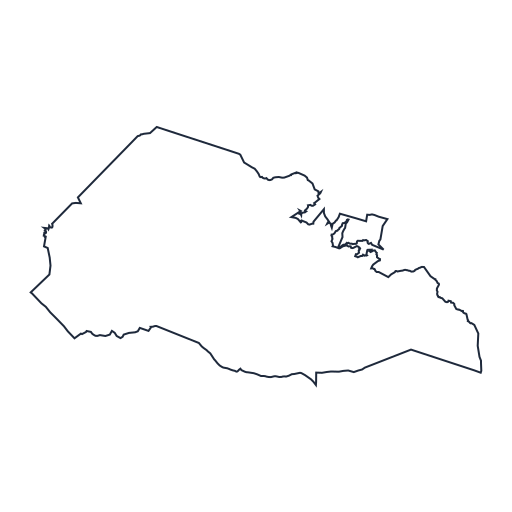 outline of Santo Tomás, México, Mexico
{"feature_id": "50627088B97349809534472", "entity_name": "Santo Tomás", "entity_type": "district", "adm_level": 2, "iso_a3": "MEX", "parent_name": "Mexico", "parent_adm1": "México", "projection": "orthographic", "projection_center": [-100.273, 19.184], "detail": "fine", "context": "isolated", "style": "outline", "palette": "slate", "viewbox_px": 512, "rotation_deg": 0, "n_neighbors": 0, "source": "geoboundaries", "source_scale": "gbopen_adm2", "svg_char_len": 6052}
<svg xmlns="http://www.w3.org/2000/svg" viewBox="0 0 512 512"><path d="M137.7,136.1L77.9,197.4L80.8,203.3L75.8,202.9L72.1,203.4L52.1,223.8L52.4,224.5L52.5,225.0L52.5,226.4L52.2,227.4L51.9,227.5L51.4,227.6L50.8,227.5L50.2,227.2L49.5,226.6L49.3,225.7L49.2,225.6L48.9,228.0L48.4,229.3L47.8,228.3L44.2,227.9L44.6,228.2L45.3,229.0L45.7,229.2L45.7,229.9L45.5,230.3L44.7,230.6L44.7,230.8L45.6,231.2L46.1,231.9L46.0,232.8L45.5,233.0L44.4,233.0L44.2,233.1L44.5,233.8L43.9,234.7L43.8,235.6L44.6,235.6L44.8,236.8L45.7,236.8L44.0,246.4L47.7,248.0L49.7,257.6L50.5,265.6L49.4,274.5L30.7,292.4L32.2,293.6L41.4,303.3L45.8,306.8L50.2,312.3L56.7,318.8L63.9,326.2L67.8,331.3L74.5,338.3L80.9,333.6L82.0,334.1L86.0,332.0L86.6,331.0L90.9,331.9L92.2,333.7L93.5,334.7L95.4,335.8L97.4,335.9L99.9,335.1L105.4,336.0L109.8,334.6L111.9,330.9L114.7,332.8L116.7,336.0L120.5,338.1L122.6,336.8L123.7,334.6L129.0,332.9L135.1,332.3L137.8,331.3L139.8,327.9L148.5,330.9L151.3,326.9L151.2,326.8L152.9,326.7L154.3,326.2L155.3,326.0L156.4,326.0L198.9,343.0L201.7,346.4L203.6,348.0L206.7,350.2L207.6,351.2L210.3,353.4L214.2,359.4L215.1,360.3L217.5,363.3L219.7,365.5L221.9,366.9L223.1,367.5L224.0,367.7L227.4,368.3L228.6,368.8L229.5,369.1L230.2,369.5L232.9,370.4L234.8,370.8L236.3,371.6L236.9,371.6L237.4,371.4L238.0,370.9L239.1,369.7L240.4,368.7L241.0,369.6L241.6,370.2L244.8,371.7L246.4,372.2L247.9,372.3L253.8,373.2L257.1,374.3L261.0,376.0L263.8,376.0L265.3,376.2L266.5,376.6L268.6,377.0L270.9,377.1L274.1,376.3L275.2,376.2L276.6,376.4L279.2,377.0L279.8,377.0L281.6,376.9L282.9,376.5L285.0,376.4L286.0,376.6L288.9,375.7L291.8,374.2L294.3,374.0L300.0,372.8L301.4,373.1L305.0,375.1L311.0,379.3L313.3,381.6L315.9,385.0L316.1,382.0L316.2,372.6L322.0,372.8L326.7,372.0L331.1,371.5L338.9,371.7L343.2,370.9L348.2,370.5L353.8,372.1L358.3,370.5L362.1,369.5L364.9,367.6L411.0,349.6L474.1,370.3L480.7,372.7L481.3,370.8L481.0,363.0L481.0,360.7L479.5,356.9L477.7,345.8L478.3,333.5L474.3,324.9L471.4,323.1L470.6,323.3L470.0,322.9L469.1,321.8L467.8,321.1L467.9,320.6L468.1,320.2L467.6,319.5L466.4,314.1L466.0,313.7L465.6,313.5L465.0,313.5L464.3,313.2L463.8,312.9L463.3,312.5L463.0,312.0L463.0,311.0L462.8,310.9L461.7,311.1L460.7,310.4L458.8,309.5L458.4,309.7L456.3,309.0L454.3,305.3L454.3,304.0L453.1,302.8L451.1,302.6L450.8,301.2L448.5,300.7L448.2,301.7L447.0,302.2L445.4,301.8L442.3,298.3L440.2,297.7L440.1,297.3L439.2,297.0L438.5,297.1L437.9,296.2L437.9,295.6L437.5,295.3L437.3,294.8L437.1,293.9L437.5,291.9L437.5,291.6L436.9,290.6L436.8,289.9L437.0,288.9L436.9,288.5L437.1,288.1L438.8,285.0L439.0,284.4L438.9,284.0L438.8,283.6L437.6,283.0L436.7,281.1L435.2,279.6L435.3,279.2L434.2,278.8L430.5,276.2L424.0,267.0L421.8,266.9L421.0,267.2L420.4,267.6L418.9,268.0L417.8,268.8L416.2,269.4L415.1,270.0L414.5,270.9L413.2,271.5L411.3,271.6L409.8,270.8L408.6,270.7L407.4,270.2L406.8,270.2L405.7,269.9L404.7,269.9L403.9,270.1L402.6,270.6L400.9,270.8L397.4,271.5L396.6,271.1L395.9,271.0L395.5,271.1L394.8,272.2L391.1,274.4L388.3,277.1L378.7,272.0L376.7,272.0L375.4,270.9L374.7,269.2L374.3,268.9L373.8,269.0L372.8,268.3L371.2,268.4L372.0,266.4L373.2,264.6L377.9,261.1L379.9,260.4L380.0,259.1L379.0,258.7L377.0,257.2L377.0,256.0L377.1,255.2L376.4,254.4L376.8,252.9L376.4,252.7L374.8,250.4L373.7,250.6L373.0,250.5L372.3,251.2L371.5,251.6L370.5,252.0L370.0,251.3L369.7,251.2L371.0,249.7L367.7,249.8L367.3,250.1L366.4,254.6L367.0,255.3L366.2,255.6L364.8,255.3L364.2,255.7L363.0,254.7L362.1,256.0L360.7,256.0L357.8,257.3L357.0,256.8L355.2,256.2L355.9,254.2L356.9,254.3L359.0,252.7L358.7,250.7L359.6,249.7L359.1,249.0L360.0,248.3L359.4,247.5L357.7,246.4L356.8,246.1L353.3,247.9L352.2,248.1L351.1,247.8L350.7,246.4L349.5,246.3L348.6,246.5L347.5,245.9L347.0,245.5L345.9,245.5L342.9,246.3L341.1,247.4L340.2,248.1L339.2,248.4L335.5,247.0L332.6,246.3L333.0,245.6L332.5,242.8L331.5,241.3L332.5,238.9L332.1,237.9L332.3,237.0L331.4,235.5L331.6,234.7L332.1,234.9L334.4,233.4L335.8,231.1L337.4,230.7L337.6,230.2L339.2,229.0L339.3,228.1L342.0,225.8L342.0,224.8L342.7,223.2L344.3,223.0L346.4,221.5L346.9,219.9L347.7,219.4L348.5,219.6L347.0,222.4L345.8,223.5L345.1,227.9L344.3,229.0L343.1,231.2L342.3,233.2L342.5,237.1L338.3,247.0L339.8,247.4L342.7,245.1L343.6,244.7L345.2,244.6L346.8,242.9L347.4,243.4L348.4,242.8L350.0,243.7L351.9,243.7L352.7,244.1L355.1,243.8L355.5,243.9L356.4,243.7L356.8,243.3L357.0,241.5L357.6,240.8L362.4,240.9L362.8,240.6L363.1,240.1L363.8,240.3L364.4,240.3L366.1,240.0L367.8,241.2L367.6,242.2L367.7,242.9L368.4,243.7L368.8,243.9L371.0,242.9L372.1,244.8L383.6,249.6L378.4,244.4L379.3,240.9L380.4,239.4L382.7,226.0L387.4,219.1L378.7,216.7L374.5,215.0L372.0,214.4L369.6,214.9L367.2,214.7L366.1,221.3L355.7,218.2L339.9,213.7L338.6,217.2L336.6,220.3L336.0,220.5L334.6,222.5L332.6,223.8L331.8,227.7L331.0,225.5L330.6,223.5L329.9,223.2L329.4,222.3L327.2,223.7L327.9,222.3L329.0,221.7L327.5,219.4L325.2,216.4L323.9,213.0L323.9,209.2L313.5,221.7L313.3,223.7L312.1,223.7L309.5,224.6L308.2,224.3L306.5,222.5L302.5,220.9L301.6,220.4L300.9,220.8L300.8,221.3L301.3,223.0L297.9,219.0L295.7,217.9L291.4,217.1L300.3,211.3L299.8,210.5L300.9,211.1L299.8,212.4L298.9,212.9L299.3,213.8L300.4,213.5L301.2,215.1L301.3,213.7L301.6,213.2L303.4,212.5L304.8,212.4L306.0,211.5L305.1,211.2L304.9,210.5L306.9,208.7L307.9,207.3L308.2,205.5L308.1,205.3L310.5,204.9L311.4,205.7L312.9,205.8L315.1,204.4L314.2,203.1L314.7,202.8L319.4,199.0L318.3,197.9L317.5,195.7L319.9,193.6L320.4,193.0L320.9,191.9L319.8,192.7L318.5,192.9L318.3,191.3L314.7,189.4L312.5,183.5L308.6,180.4L307.8,180.1L307.0,177.6L304.6,175.6L298.5,172.9L297.1,172.9L296.3,173.1L296.3,172.5L291.3,174.4L291.2,174.8L291.0,174.7L289.3,175.8L284.2,177.6L282.2,177.7L278.8,177.0L275.2,177.3L273.3,177.8L272.1,179.3L270.5,180.0L269.2,180.1L267.9,179.7L266.4,178.1L265.8,178.4L264.8,178.5L263.8,178.3L262.5,177.7L262.0,176.9L260.3,177.1L259.7,176.5L258.6,173.9L256.9,171.4L254.7,168.7L251.9,167.3L244.1,162.5L240.3,154.7L238.9,153.8L156.7,127.0L150.0,133.1L143.8,133.8L142.1,134.3L141.0,134.3L140.2,135.3L139.1,135.8L137.7,136.1Z" fill="none" stroke="#1e293b" stroke-width="2"/></svg>